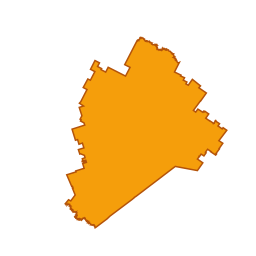 Cobar, New South Wales, Australia (Robinson projection), rotated 65°
{"feature_id": "25037944B19938962930750", "entity_name": "Cobar", "entity_type": "district", "adm_level": 2, "iso_a3": "AUS", "parent_name": "Australia", "parent_adm1": "New South Wales", "projection": "robinson", "projection_center": [145.926, -31.966], "detail": "fine", "context": "isolated", "style": "filled", "palette": "amber", "viewbox_px": 256, "rotation_deg": 65, "n_neighbors": 0, "source": "geoboundaries", "source_scale": "gbopen_adm2", "svg_char_len": 5589}
<svg xmlns="http://www.w3.org/2000/svg" viewBox="0 0 256 256"><g transform="rotate(65 128 128)"><path d="M185.2,54.2L181.9,48.5L177.9,51.0L171.8,39.4L167.9,41.7L168.6,43.0L164.2,45.6L162.8,43.2L159.5,45.2L158.2,45.3L158.1,45.5L158.6,46.3L159.0,46.5L159.9,48.1L160.2,48.1L160.1,48.8L159.6,48.7L155.9,50.9L156.0,51.1L152.0,53.4L149.4,48.9L145.2,51.3L145.7,52.2L145.4,52.5L144.8,52.6L145.4,53.5L140.4,56.7L142.2,59.9L139.7,61.3L134.0,50.8L134.2,50.7L129.4,42.2L121.5,46.8L120.5,44.5L111.1,49.1L114.7,55.3L112.5,56.9L111.2,55.2L108.0,57.7L106.3,55.5L103.1,58.4L102.5,57.6L96.9,62.2L90.3,53.8L90.3,54.5L89.7,55.4L88.3,55.6L87.8,55.4L86.8,55.4L86.7,55.9L86.9,56.2L86.5,56.4L86.2,56.4L85.6,55.5L85.1,55.4L84.6,55.6L84.4,55.8L84.8,56.0L84.5,56.5L83.9,56.1L83.6,56.3L83.7,55.9L83.2,56.8L82.9,55.7L82.6,56.2L82.2,55.9L81.8,56.1L81.3,55.8L80.5,55.9L80.1,55.3L79.8,55.7L80.2,56.3L79.7,56.7L79.4,56.7L79.5,56.3L79.3,56.2L78.6,56.7L78.5,56.4L78.7,56.2L78.0,56.7L77.8,56.8L77.4,57.2L76.5,57.2L75.9,58.1L75.2,58.5L74.4,58.3L74.1,58.6L73.8,59.8L73.0,59.6L73.0,59.9L73.5,60.2L73.5,60.4L73.1,60.4L72.8,59.9L72.3,60.0L72.3,60.5L72.7,60.9L72.2,61.0L72.0,61.5L71.5,61.5L71.6,61.8L72.2,61.9L72.0,62.2L71.4,62.3L71.6,62.5L71.3,62.8L71.4,63.1L70.6,62.8L70.6,63.2L70.3,63.2L70.6,63.5L71.0,63.5L71.0,63.8L71.5,63.9L72.0,64.7L71.1,65.3L70.8,65.3L71.1,65.9L70.7,66.3L70.3,66.3L69.9,66.6L69.8,66.9L70.3,66.9L70.4,67.1L69.5,67.3L69.4,68.0L69.1,68.5L68.6,68.4L68.5,67.9L67.6,67.8L67.4,67.4L66.6,67.6L66.7,67.9L66.3,67.9L66.1,67.4L65.7,67.2L65.7,66.9L65.4,67.2L65.0,66.7L64.7,66.9L64.4,66.7L64.1,67.2L64.5,68.0L64.0,67.9L63.7,68.1L64.4,68.6L63.4,69.4L63.1,70.3L62.4,70.5L62.1,71.0L61.5,71.2L61.1,71.1L61.0,70.5L60.5,71.1L60.0,71.2L59.7,71.8L58.8,71.9L59.1,72.3L58.3,72.4L58.0,73.6L57.6,73.6L57.6,74.0L57.2,73.8L56.7,74.2L56.6,74.8L56.9,75.3L56.8,75.5L56.3,75.6L56.0,75.8L55.2,75.6L54.9,75.9L54.3,75.5L54.1,75.7L53.9,76.3L52.9,76.3L52.6,76.9L52.1,77.1L52.4,77.4L52.3,77.6L51.4,78.3L52.0,78.6L51.4,79.1L52.2,79.6L52.2,80.1L52.7,80.4L52.5,81.0L52.5,81.4L53.2,81.5L52.7,82.2L52.9,82.5L52.5,82.5L52.7,83.0L53.2,83.3L53.4,83.8L69.2,104.2L73.9,100.5L79.9,108.3L64.6,120.3L67.9,124.6L63.7,127.8L63.0,126.8L59.4,129.6L56.9,126.3L52.9,129.4L59.0,137.2L62.9,134.2L68.8,141.9L66.6,143.7L72.4,151.5L75.8,148.9L84.2,159.7L85.0,161.6L89.3,159.0L88.7,163.5L97.4,164.6L99.8,167.7L100.8,167.0L101.6,168.1L104.8,165.7L107.1,166.0L105.4,179.2L116.9,180.8L117.2,178.6L122.0,179.3L122.4,175.7L127.4,176.4L126.6,182.1L131.3,182.7L131.4,181.8L134.4,179.1L136.8,179.5L136.5,182.4L138.8,182.7L138.4,183.2L139.1,183.8L139.7,183.1L140.1,181.5L139.7,181.5L139.5,182.1L139.0,182.0L139.4,179.9L141.6,180.2L141.1,184.1L146.0,184.8L144.8,193.5L145.8,193.6L144.5,203.3L157.3,203.7L157.4,203.0L159.3,203.2L159.2,203.8L166.4,204.2L169.9,210.7L167.9,212.2L170.0,216.6L170.2,216.2L170.4,216.3L170.3,216.1L170.7,215.9L170.5,215.6L170.8,216.0L171.1,215.9L171.2,215.7L171.6,215.8L171.6,215.4L172.0,215.6L171.7,215.0L171.9,214.8L171.6,214.5L172.0,214.5L172.1,214.1L172.4,213.8L172.3,213.6L172.4,213.3L172.6,213.4L172.7,213.2L173.0,213.3L172.8,213.6L173.4,213.8L173.6,213.5L173.8,213.8L174.0,213.5L174.1,213.9L174.6,213.3L174.6,213.6L175.6,213.7L176.0,213.9L176.0,213.5L176.8,213.5L177.0,213.7L177.1,213.3L177.3,213.3L177.3,213.7L177.8,213.6L177.6,213.9L177.8,213.9L177.7,214.2L178.3,213.9L178.3,213.6L179.0,213.8L179.0,213.5L178.4,213.0L178.6,212.7L179.0,213.0L178.9,213.3L179.7,213.3L179.7,213.1L180.1,213.3L180.6,213.2L181.0,213.3L181.0,212.9L181.3,212.6L181.0,212.3L181.4,212.2L181.5,212.0L181.5,211.4L181.9,211.3L182.0,210.6L182.1,210.8L182.3,210.7L182.2,210.9L182.5,210.8L182.4,210.6L182.7,210.6L182.8,210.8L183.4,211.0L183.9,210.7L184.2,211.0L184.8,211.0L184.7,211.7L184.9,211.6L185.2,211.0L185.9,211.1L186.3,212.6L185.5,212.9L185.7,213.6L185.9,213.5L185.9,213.3L186.3,213.3L186.1,213.4L186.4,213.8L186.7,213.6L186.4,213.4L186.8,213.3L186.9,213.0L187.0,213.2L187.3,213.0L187.7,213.3L187.9,212.8L188.2,212.9L188.4,212.6L188.4,212.8L188.8,212.8L189.0,212.5L188.9,212.1L189.4,212.0L189.3,211.8L189.6,211.8L189.6,211.2L189.9,211.3L190.0,211.7L190.2,211.3L190.5,211.5L190.7,211.2L190.3,211.1L190.2,210.9L190.4,211.0L190.7,210.7L190.7,210.4L190.4,210.5L190.3,210.4L190.3,210.0L190.6,209.9L190.3,209.6L190.5,209.5L190.7,209.4L191.1,209.3L190.9,209.2L191.1,208.8L191.0,208.6L191.4,208.9L191.4,208.6L191.7,208.6L191.6,208.3L191.3,208.3L191.0,208.0L191.2,207.8L191.4,208.1L191.4,207.8L190.8,207.2L191.1,206.9L190.9,206.2L191.3,206.3L191.7,205.9L191.6,205.5L191.5,205.4L192.0,205.3L192.0,205.0L192.4,205.2L192.4,205.4L192.8,205.4L193.4,205.0L193.7,205.2L194.1,205.0L194.3,205.1L194.5,204.8L194.3,204.9L194.2,204.7L194.3,204.5L194.6,204.6L194.8,204.3L195.0,204.5L195.1,204.0L195.4,203.9L195.6,204.2L195.8,203.6L196.0,203.9L196.2,204.3L196.3,204.4L196.6,204.3L196.4,204.1L196.8,203.4L197.0,203.9L197.1,203.5L197.4,203.6L197.3,203.3L197.5,203.1L197.6,203.3L197.5,203.5L198.2,203.7L198.3,203.2L199.0,202.6L199.6,202.2L200.0,202.2L200.1,202.5L200.6,201.6L200.8,201.6L200.9,201.3L200.6,201.4L200.9,200.6L201.1,200.7L201.1,200.0L201.2,200.3L201.3,200.0L201.5,200.2L202.0,200.1L202.3,199.6L202.7,199.5L203.1,199.9L203.8,199.5L204.1,199.6L204.0,199.8L204.5,200.1L204.6,199.9L201.5,185.3L200.2,181.5L194.5,154.5L193.8,151.8L193.6,151.7L193.6,151.0L193.3,150.4L193.4,149.9L182.8,101.4L195.9,83.1L191.2,74.9L185.5,78.2L184.3,76.1L183.9,75.8L183.7,75.6L184.1,75.3L182.6,73.0L183.1,72.6L183.0,72.4L185.4,71.0L183.5,67.7L182.7,68.1L180.9,64.8L184.5,62.7L184.6,63.0L189.6,60.0L189.0,58.8L188.4,59.2L185.6,54.0L185.2,54.2Z" fill="#f59e0b" stroke="#b45309" stroke-width="1.5"/></g></svg>